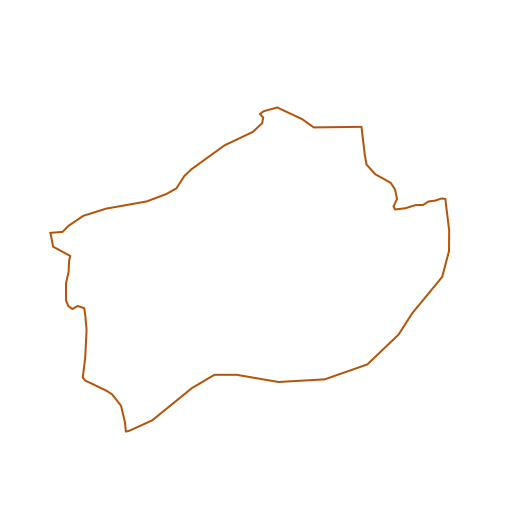 an SVG outline of Ilirska Bistrica, rotated 346°
{"feature_id": "SVN-954", "entity_name": "Ilirska Bistrica", "entity_type": "Municipality", "adm_level": 1, "iso_a3": "SVN", "parent_name": "Slovenia", "parent_adm1": "", "projection": "orthographic", "projection_center": [14.269, 45.573], "detail": "fine", "context": "isolated", "style": "outline", "palette": "amber", "viewbox_px": 512, "rotation_deg": 346, "n_neighbors": 0, "source": "natural_earth", "source_scale": "10m", "svg_char_len": 1003}
<svg xmlns="http://www.w3.org/2000/svg" viewBox="0 0 512 512"><g transform="rotate(346 256 256)"><path d="M453.5,246.5L449.6,278.0L444.5,297.8L431.6,321.3L393.4,349.6L375.4,366.7L337.8,388.1L292.8,392.3L247.4,383.7L208.5,366.6L187.0,361.2L162.0,368.6L115.4,390.4L90.1,395.0L87.8,394.9L87.3,394.8L87.3,394.5L88.6,385.7L88.8,368.6L82.8,355.3L78.3,350.5L60.4,335.8L58.5,332.0L65.6,313.6L73.7,286.8L75.9,273.0L76.7,265.1L70.8,261.3L65.0,263.0L61.8,259.2L60.9,252.9L65.1,236.4L70.4,225.9L73.4,215.6L75.7,211.0L61.4,197.9L62.1,183.8L74.1,185.8L81.4,181.3L98.2,175.2L122.0,173.8L163.2,176.6L184.2,174.1L195.0,171.2L205.9,161.0L214.3,156.2L252.3,141.0L283.0,134.8L294.1,128.6L296.5,123.4L294.2,119.2L298.3,117.4L312.5,117.0L333.9,134.4L343.1,145.2L389.6,156.2L386.0,184.3L385.4,194.1L391.5,205.5L404.4,217.6L407.0,225.1L406.6,234.8L401.4,241.3L402.2,244.5L412.4,245.8L423.1,245.2L430.6,246.9L436.5,244.8L443.0,245.6L450.2,245.1L453.1,246.3L453.5,246.5Z" fill="none" stroke="#b45309" stroke-width="2"/></g></svg>